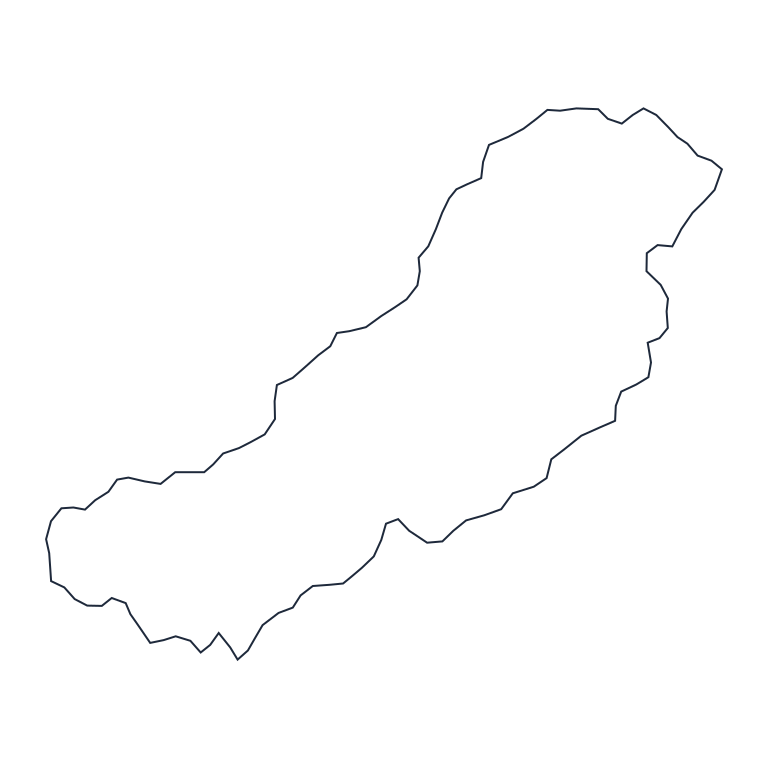 outline of Aracitaba, Minas Gerais, Brazil
{"feature_id": "56859067B92579903887823", "entity_name": "Aracitaba", "entity_type": "district", "adm_level": 2, "iso_a3": "BRA", "parent_name": "Brazil", "parent_adm1": "Minas Gerais", "projection": "orthographic", "projection_center": [-43.409, -21.349], "detail": "fine", "context": "isolated", "style": "outline", "palette": "slate", "viewbox_px": 768, "rotation_deg": 0, "n_neighbors": 0, "source": "geoboundaries", "source_scale": "gbopen_adm2", "svg_char_len": 1699}
<svg xmlns="http://www.w3.org/2000/svg" viewBox="0 0 768 768"><path d="M721.9,169.3L711.5,160.7L697.6,155.6L687.4,143.7L677.5,137.1L668.6,127.5L656.3,115.0L643.5,108.4L632.7,115.0L621.8,123.6L607.8,118.8L598.2,109.2L576.4,108.4L560.1,110.7L547.4,109.9L536.5,118.8L523.5,128.7L507.9,137.0L489.0,144.9L483.1,161.9L481.2,178.1L467.3,184.2L456.4,189.3L449.1,198.4L442.2,212.6L435.9,229.1L428.3,246.3L418.6,257.7L419.8,271.2L417.4,285.4L406.6,299.3L395.0,307.2L381.3,316.0L365.9,327.2L349.2,331.2L336.9,333.0L330.3,346.2L318.2,355.3L305.5,366.7L292.7,377.9L276.9,385.0L274.6,401.2L275.0,419.0L264.7,434.4L250.3,442.3L238.9,448.1L223.1,453.5L213.2,464.4L204.2,472.2L192.7,472.2L175.2,472.2L160.6,483.9L144.7,481.4L128.4,477.6L117.1,479.6L108.4,491.8L95.2,500.2L85.0,509.6L73.4,507.5L61.4,508.3L51.0,521.2L46.1,539.2L49.2,553.2L50.3,569.2L51.1,581.1L64.3,587.4L74.7,599.1L87.2,605.6L101.8,605.9L111.7,598.0L125.7,603.1L130.4,614.2L137.7,624.6L150.2,642.9L163.7,640.1L175.7,636.3L190.4,640.8L200.7,652.5L210.2,644.9L218.7,633.0L230.2,647.4L237.6,659.6L247.9,650.5L254.6,638.8L262.6,625.1L278.6,612.9L292.8,607.6L300.6,595.4L312.8,586.0L329.6,584.8L343.1,583.5L352.7,575.6L361.9,567.8L373.8,556.4L381.3,539.9L386.0,523.7L398.1,519.1L409.2,530.8L427.1,542.7L442.4,541.4L453.3,530.8L466.1,520.4L484.2,515.3L501.2,509.2L512.8,493.3L533.8,486.7L546.6,478.1L551.3,459.3L564.8,448.9L581.3,435.7L599.9,427.4L615.1,420.8L615.8,405.8L621.2,391.6L636.3,384.5L648.4,377.2L651.0,362.5L647.7,342.7L659.5,338.1L667.8,328.0L666.6,311.5L668.0,298.6L660.7,284.9L646.5,271.2L646.8,253.2L657.6,245.1L672.3,246.4L681.3,229.1L692.6,212.7L703.7,201.8L714.6,189.9L721.9,169.3Z" fill="none" stroke="#1e293b" stroke-width="2"/></svg>